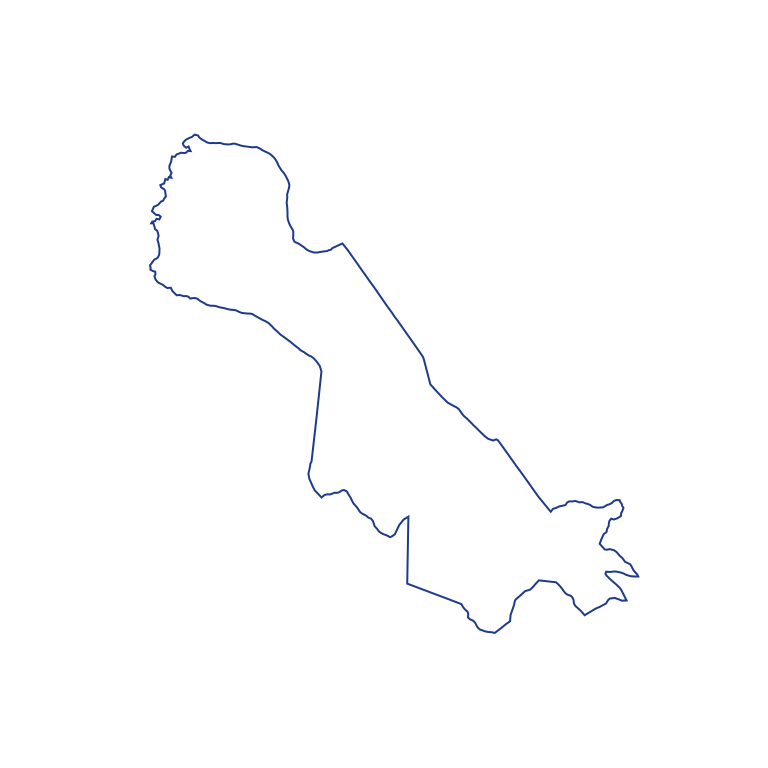 Alto Boa Vista, Mato Grosso, Brazil, rotated 58°
{"feature_id": "56859067B16617747139369", "entity_name": "Alto Boa Vista", "entity_type": "district", "adm_level": 2, "iso_a3": "BRA", "parent_name": "Brazil", "parent_adm1": "Mato Grosso", "projection": "orthographic", "projection_center": [-51.775, -11.788], "detail": "fine", "context": "isolated", "style": "outline", "palette": "blue", "viewbox_px": 768, "rotation_deg": 58, "n_neighbors": 0, "source": "geoboundaries", "source_scale": "gbopen_adm2", "svg_char_len": 5161}
<svg xmlns="http://www.w3.org/2000/svg" viewBox="0 0 768 768"><g transform="rotate(58 384 384)"><path d="M653.8,422.0L653.0,413.3L652.3,408.0L652.0,402.8L647.0,399.1L642.9,394.0L640.4,390.9L637.4,388.1L636.5,386.5L635.7,380.9L634.4,374.0L635.8,369.4L635.4,366.5L633.5,360.2L632.6,356.7L643.3,343.2L645.7,342.5L649.1,341.8L652.8,341.4L655.6,341.3L657.5,341.0L659.2,340.4L660.9,339.3L662.3,338.0L664.5,337.3L667.5,337.7L671.1,339.3L674.1,339.2L679.8,337.5L682.4,337.0L686.4,336.4L686.7,322.7L687.3,319.8L687.5,316.5L687.8,312.0L686.1,308.7L685.6,306.2L687.7,301.7L691.2,298.9L693.9,297.0L696.1,293.0L683.8,291.9L681.4,292.2L677.4,293.2L669.9,295.5L664.5,296.8L662.3,296.8L660.9,295.1L663.3,291.7L665.0,288.1L666.5,286.0L669.7,282.8L671.9,281.1L674.4,279.6L677.8,276.6L680.9,272.2L681.9,270.4L679.5,270.2L676.4,270.8L673.3,271.1L669.7,270.7L667.2,270.8L664.4,272.6L662.5,273.8L660.7,273.9L658.0,274.1L654.3,275.2L650.2,275.7L647.2,276.8L643.6,280.1L642.7,282.8L641.2,284.5L633.8,285.8L630.9,282.0L627.7,277.2L627.5,273.8L625.1,271.6L623.5,268.7L620.9,266.8L619.6,265.4L618.6,262.7L620.7,260.9L621.4,258.0L621.6,253.1L619.2,251.3L618.0,249.2L616.0,246.6L613.5,246.6L611.7,245.9L609.2,246.2L607.4,245.7L605.7,248.1L605.0,250.8L605.7,254.0L605.5,256.3L604.8,258.9L604.7,263.5L602.5,267.7L600.6,270.2L598.6,272.2L596.1,273.1L593.6,274.8L592.0,276.4L589.3,278.3L587.9,281.1L584.7,283.5L583.5,286.3L581.7,289.2L581.5,291.3L582.8,294.4L581.5,298.0L580.7,300.2L580.2,304.2L579.4,306.8L580.7,310.3L561.2,312.8L532.7,314.5L526.7,315.0L517.0,315.6L498.6,316.7L492.2,317.2L490.4,318.2L489.7,321.5L485.5,324.8L481.3,326.3L474.5,328.0L471.3,328.7L466.3,330.0L464.2,330.4L461.6,331.0L457.0,332.1L453.4,333.2L450.3,333.6L445.3,333.8L442.4,334.8L439.3,336.7L433.4,339.9L426.0,341.7L417.8,343.3L408.9,344.9L383.4,336.9L381.3,336.6L378.1,336.7L372.0,337.0L335.8,339.0L333.5,339.3L327.5,339.5L319.3,340.1L295.7,341.2L288.9,341.7L251.0,343.8L242.8,344.8L241.4,355.7L242.0,357.8L241.3,359.7L241.1,361.9L239.9,364.2L238.1,368.5L237.1,371.0L235.4,373.7L231.1,377.3L228.4,378.6L225.9,379.3L220.1,381.8L216.0,384.5L212.6,384.1L208.7,381.4L206.7,380.2L204.8,379.7L201.0,379.7L197.5,379.3L193.6,378.4L191.0,377.2L186.8,374.6L183.0,372.5L178.5,370.4L176.1,368.4L174.6,367.2L171.9,365.7L167.1,360.4L165.1,358.8L161.4,357.7L155.5,357.1L152.2,357.1L148.5,357.7L142.9,357.7L139.3,357.2L137.3,357.1L134.4,357.2L132.0,357.7L129.0,358.6L127.3,359.4L123.3,362.0L121.3,363.2L118.6,364.4L115.6,366.4L113.2,370.7L111.3,372.9L107.9,377.0L105.8,379.2L101.6,382.7L100.2,384.5L99.3,387.3L98.2,389.3L95.7,392.7L92.9,395.0L90.4,399.3L88.9,401.4L87.7,403.7L85.7,405.8L80.0,408.9L77.2,410.0L74.7,410.0L72.2,412.5L72.7,416.0L72.1,419.2L71.9,422.6L72.4,425.0L73.3,427.0L75.4,427.6L78.8,426.6L79.0,423.9L82.0,424.4L84.0,424.6L82.3,426.8L82.9,428.6L82.6,430.6L80.2,433.8L80.0,435.6L79.4,438.3L80.5,441.0L78.7,443.3L81.1,445.3L83.0,447.2L85.3,450.4L87.1,451.6L89.3,452.2L92.5,452.3L93.8,454.7L96.4,455.1L94.5,456.8L96.2,459.3L94.3,460.8L97.4,464.1L96.8,468.3L99.1,468.8L102.1,467.3L104.4,467.3L106.7,468.5L109.2,469.4L110.4,472.2L111.5,474.3L111.1,476.4L112.2,480.2L112.2,483.1L111.7,485.3L113.0,487.0L114.4,489.2L117.3,488.4L119.8,487.7L121.3,485.5L123.8,484.7L125.4,487.3L123.4,489.3L124.5,491.9L123.5,494.6L124.4,496.3L125.6,494.4L128.7,495.2L131.3,496.1L133.9,495.1L136.5,495.8L139.0,496.7L141.6,499.7L144.8,500.5L147.3,501.5L150.2,502.6L152.5,504.2L154.3,505.4L155.6,506.7L156.9,508.9L157.0,511.0L156.8,512.9L157.5,514.9L158.5,517.1L159.3,519.6L161.6,520.2L163.2,521.5L165.5,520.3L167.6,518.5L170.0,519.8L170.9,521.5L174.2,522.3L176.2,522.2L178.1,521.8L180.2,520.6L182.6,519.0L185.2,518.2L187.7,517.0L189.4,513.8L193.1,514.2L195.5,513.6L198.9,512.8L200.3,510.0L203.6,507.1L204.5,505.2L206.2,503.7L208.9,503.0L210.2,499.9L211.3,498.3L213.0,497.0L216.0,496.0L218.3,494.7L220.1,493.6L222.3,492.7L225.6,489.8L227.2,487.2L228.9,485.2L231.4,483.2L234.6,479.7L237.6,476.9L239.3,475.2L241.1,472.8L243.2,470.4L246.3,468.5L248.5,466.8L250.3,464.5L251.8,462.6L253.4,460.2L254.8,458.6L258.2,457.0L261.0,455.4L265.5,452.9L267.7,451.4L270.6,449.8L273.1,449.1L275.8,448.4L278.4,448.0L280.2,447.5L284.1,446.4L287.2,445.6L298.7,441.0L303.3,439.5L309.2,437.3L311.0,437.0L315.1,434.7L317.1,434.0L320.6,432.3L322.1,431.1L324.9,430.0L328.8,429.3L334.7,428.9L340.2,430.4L376.2,458.6L411.3,486.5L412.6,488.7L414.7,490.4L416.3,491.9L417.9,493.5L420.0,495.6L424.3,497.4L432.8,498.7L437.4,499.1L442.7,498.0L447.2,497.1L446.6,493.3L447.4,490.8L449.0,488.4L449.7,485.3L450.0,483.5L451.1,481.9L452.0,480.1L452.0,476.0L452.7,474.1L455.6,472.4L458.1,472.6L462.7,472.6L467.2,473.1L469.9,473.1L473.5,472.4L475.4,472.2L479.9,472.1L481.9,471.4L486.3,468.9L488.9,468.1L491.4,466.3L494.5,466.0L499.8,467.3L503.2,466.6L505.7,466.5L507.5,466.0L510.6,464.4L514.4,461.5L517.1,460.1L517.4,457.8L517.2,454.5L514.6,450.3L511.7,445.9L509.4,439.3L509.4,433.6L515.7,437.7L565.6,470.1L600.7,443.3L611.7,435.0L614.6,435.2L617.6,434.9L621.5,433.8L623.9,434.5L626.4,436.5L628.5,436.0L630.2,435.0L632.3,433.7L635.5,433.2L638.9,433.6L641.1,433.4L643.1,432.7L647.6,429.1L649.9,426.6L651.5,424.3L653.8,422.0Z" fill="none" stroke="#1e3a8a" stroke-width="2"/></g></svg>